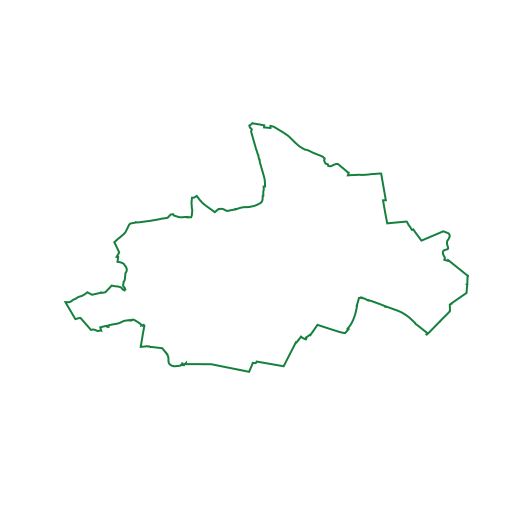 Utrecht, Utrecht, Netherlands, rotated 162°
{"feature_id": "6326949B99313902629116", "entity_name": "Utrecht", "entity_type": "district", "adm_level": 2, "iso_a3": "NLD", "parent_name": "Netherlands", "parent_adm1": "Utrecht", "projection": "robinson", "projection_center": [5.068, 52.084], "detail": "fine", "context": "isolated", "style": "outline", "palette": "green", "viewbox_px": 512, "rotation_deg": 162, "n_neighbors": 0, "source": "geoboundaries", "source_scale": "gbopen_adm2", "svg_char_len": 5961}
<svg xmlns="http://www.w3.org/2000/svg" viewBox="0 0 512 512"><g transform="rotate(162 256 256)"><path d="M298.4,148.0L294.4,152.5L292.0,155.4L290.1,154.4L289.3,154.3L288.8,154.5L288.0,155.4L263.8,142.6L244.7,161.6L244.2,161.2L241.7,163.0L241.6,162.9L238.1,165.4L237.6,164.5L236.6,163.3L235.5,162.2L234.4,161.3L233.6,161.9L233.5,162.2L233.6,163.0L230.8,163.8L229.2,164.4L228.8,163.9L218.8,171.5L207.7,163.4L199.7,157.7L197.9,156.6L195.1,155.1L190.6,157.8L191.4,158.5L188.8,160.2L187.3,161.4L185.6,162.8L183.5,165.0L181.0,168.1L179.4,170.3L176.0,176.0L175.2,177.6L175.5,177.7L173.7,180.2L171.0,184.3L169.8,183.9L169.5,183.9L169.2,184.2L168.0,183.6L168.2,183.3L168.2,183.2L167.0,182.6L165.7,181.8L163.4,179.3L162.8,178.9L162.6,179.2L159.9,177.3L153.2,172.1L148.6,168.3L148.7,168.1L148.7,167.9L148.4,168.0L148.1,167.8L148.3,167.7L148.1,167.5L147.8,167.7L138.9,160.8L135.3,157.7L133.7,156.0L131.7,153.6L130.4,151.8L129.1,149.9L125.2,142.8L125.4,142.5L125.0,141.7L123.6,139.9L117.2,130.2L116.9,129.5L118.1,128.8L117.9,128.5L116.4,129.3L116.2,129.2L114.2,130.2L102.2,136.5L101.6,136.8L101.3,136.8L101.0,136.9L100.9,137.2L97.5,139.0L94.4,140.5L90.0,142.8L88.8,143.5L88.7,143.6L88.6,144.2L88.3,144.4L87.0,148.9L86.8,149.7L85.1,150.1L85.3,150.4L67.2,155.8L64.0,163.4L63.9,163.5L64.1,163.8L63.8,163.8L63.4,164.9L61.0,171.5L60.9,171.5L60.8,171.2L60.5,171.7L61.5,172.9L64.9,178.1L73.5,191.2L74.6,192.8L75.0,192.4L75.1,192.2L77.9,194.0L78.1,194.2L77.3,195.2L77.0,195.8L76.9,196.3L77.3,198.1L77.5,199.6L77.4,201.1L77.1,201.9L76.4,202.8L75.5,203.3L71.7,203.3L71.4,203.4L70.9,203.9L70.8,204.2L70.7,204.9L70.7,207.3L70.4,209.2L70.1,210.1L69.8,210.8L69.4,211.2L67.3,212.9L65.8,214.7L65.6,215.2L65.4,215.8L65.5,216.9L65.7,217.6L66.3,218.4L70.2,221.6L93.9,219.5L97.4,229.9L97.4,230.1L98.2,232.7L99.5,232.5L100.3,235.1L100.5,236.2L101.4,238.7L101.3,239.1L101.7,240.5L101.8,241.4L101.9,241.8L102.4,242.2L102.4,242.3L121.1,246.5L119.7,257.6L118.0,269.7L115.3,268.9L111.5,295.7L112.5,296.1L115.2,296.8L116.4,297.0L120.0,298.0L122.2,298.5L123.8,298.7L129.4,300.1L134.0,301.8L134.8,301.9L140.8,303.6L143.7,304.3L142.1,306.4L142.1,306.7L142.5,306.9L142.8,307.2L146.8,313.7L148.5,316.3L149.1,317.5L149.8,318.1L150.0,318.4L151.4,318.7L152.2,318.8L153.0,318.7L153.8,318.7L156.3,318.3L157.2,318.3L158.4,318.7L159.5,319.4L159.3,321.0L159.9,321.4L161.2,322.3L161.4,322.9L161.7,325.3L161.7,325.8L161.4,326.4L160.6,327.3L160.5,327.5L160.7,328.0L161.3,328.6L161.6,329.4L161.8,329.9L162.4,330.2L162.7,330.6L163.6,331.4L170.0,336.7L172.7,339.4L174.0,340.5L175.1,341.3L176.5,342.0L178.5,344.1L181.0,347.1L183.6,351.5L187.6,359.2L188.6,360.8L191.7,364.8L198.4,372.6L199.1,373.4L199.7,373.8L202.0,375.2L202.7,373.3L208.6,375.8L207.8,377.8L210.1,378.9L210.6,379.3L217.3,382.7L218.4,383.5L220.2,382.5L222.0,382.2L222.1,379.9L221.0,378.3L221.0,377.4L222.0,376.4L222.2,375.7L222.9,357.5L222.8,355.3L222.9,352.0L222.8,351.7L222.5,351.1L222.9,350.3L223.0,349.7L223.0,348.4L223.1,347.9L223.1,346.1L222.9,346.1L223.3,344.2L223.4,343.4L223.9,328.0L224.0,326.9L224.3,325.2L224.8,323.3L224.9,322.7L225.9,319.3L227.3,319.7L227.4,319.4L228.2,316.4L229.1,315.2L230.4,311.1L231.0,311.2L232.3,307.7L233.0,306.6L233.6,305.9L235.0,305.1L238.6,304.4L241.1,304.2L243.6,304.3L247.3,304.7L249.4,305.2L251.3,305.9L254.2,306.5L257.5,306.7L260.9,306.6L260.9,307.1L261.2,307.2L261.4,307.0L261.7,306.8L261.9,306.8L267.1,307.5L267.7,307.4L268.8,307.6L270.0,308.1L270.9,308.8L271.9,310.0L273.1,311.0L274.5,311.6L276.0,312.0L277.8,311.9L277.8,312.0L281.6,310.4L287.9,319.0L289.8,321.8L291.0,324.0L291.3,324.8L291.4,325.2L291.6,325.3L291.8,325.7L293.8,331.4L296.9,330.7L298.9,331.2L300.8,326.8L302.2,321.4L302.4,319.3L302.6,319.2L302.6,318.9L304.0,315.6L304.2,314.9L305.7,312.9L309.2,313.9L309.0,314.3L311.1,314.9L313.5,315.5L314.2,315.6L317.0,316.6L321.6,319.9L321.9,321.3L323.2,321.6L324.4,321.8L328.2,319.7L328.7,319.7L334.1,320.6L337.8,321.0L345.5,322.1L357.4,324.3L358.9,324.8L359.4,325.0L359.7,324.9L360.1,325.3L360.4,325.1L361.0,325.1L364.5,325.6L365.6,325.6L366.9,325.1L367.5,324.4L372.1,319.7L372.9,318.9L374.9,317.7L380.6,315.4L380.8,315.4L386.5,312.9L386.0,309.6L385.0,301.7L385.2,301.4L388.8,298.3L387.4,297.8L389.5,293.2L388.4,292.8L386.7,291.7L385.2,290.6L384.4,289.6L384.0,289.0L383.5,286.8L383.1,286.3L382.9,284.0L383.0,283.2L383.8,281.5L384.2,281.1L385.3,280.2L385.7,279.6L386.1,278.4L387.2,276.2L387.7,274.8L388.1,274.1L388.8,273.1L390.0,272.3L390.3,271.1L391.2,270.0L391.4,269.3L391.4,268.2L391.4,267.9L390.7,266.3L390.6,265.6L390.7,264.9L390.7,264.5L391.6,263.9L392.6,264.9L392.9,265.5L393.2,265.5L393.8,267.5L394.1,267.8L394.6,268.2L396.1,269.3L400.4,271.3L402.4,272.5L405.0,271.0L410.5,268.1L413.8,268.5L414.7,269.3L415.2,269.0L423.9,269.8L427.6,273.6L428.1,273.3L432.3,272.1L433.5,271.9L437.8,271.9L440.1,271.2L443.6,270.8L446.5,269.8L447.1,269.8L447.9,269.8L451.5,271.0L447.3,251.8L447.2,251.8L443.0,251.6L442.4,251.5L442.0,251.2L439.4,245.2L435.8,236.7L434.4,236.6L433.4,236.3L432.5,235.9L431.9,235.4L430.2,233.9L429.7,233.6L428.9,233.4L426.5,233.2L426.3,233.0L426.1,236.3L419.6,235.8L419.4,235.6L419.4,234.6L418.2,234.2L418.1,235.5L417.9,235.6L414.1,235.3L408.9,234.5L406.2,234.5L402.3,235.0L401.0,235.0L396.3,234.2L396.5,233.9L395.3,233.4L395.2,233.6L393.8,233.2L393.5,233.7L392.7,233.5L391.9,233.1L391.3,232.5L389.4,230.3L388.6,229.4L387.5,227.9L386.3,226.0L386.5,225.6L386.1,225.7L385.7,224.8L384.1,225.2L383.7,224.2L387.7,216.8L393.7,205.2L389.1,204.1L388.4,204.2L387.8,204.1L386.9,203.3L385.6,203.2L384.8,202.2L382.6,201.4L373.6,197.2L372.3,193.7L371.9,192.9L371.3,191.4L371.5,191.5L371.0,190.1L370.8,189.1L370.7,187.7L370.6,187.3L370.7,187.1L370.9,185.6L371.5,184.0L371.9,182.2L371.9,181.1L371.8,180.4L371.6,179.8L370.8,178.6L369.8,177.5L368.8,176.9L367.6,176.3L362.1,175.1L360.8,175.6L360.2,175.2L359.4,176.7L359.0,176.5L358.8,175.6L358.8,175.1L358.9,174.9L358.3,174.7L358.2,174.5L357.6,174.9L355.9,175.8L356.3,174.9L332.2,167.0L298.4,148.0Z" fill="none" stroke="#15803d" stroke-width="2"/></g></svg>